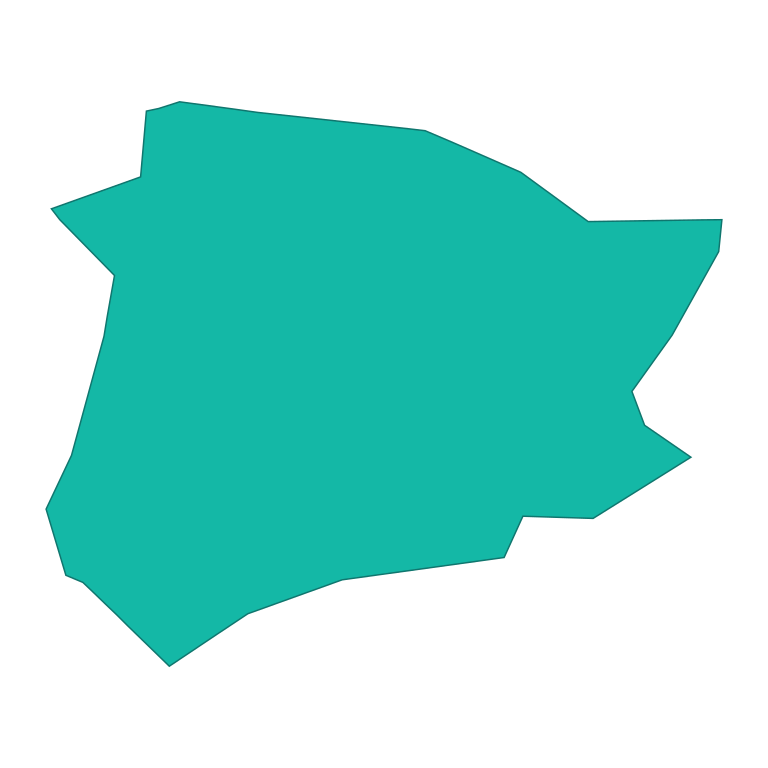 Alegrete do Piauí, Piauí, Brazil (orthographic projection)
{"feature_id": "56859067B12865581171560", "entity_name": "Alegrete do Piauí", "entity_type": "district", "adm_level": 2, "iso_a3": "BRA", "parent_name": "Brazil", "parent_adm1": "Piauí", "projection": "orthographic", "projection_center": [-40.802, -7.206], "detail": "fine", "context": "isolated", "style": "filled", "palette": "teal", "viewbox_px": 768, "rotation_deg": 0, "n_neighbors": 0, "source": "geoboundaries", "source_scale": "gbopen_adm2", "svg_char_len": 605}
<svg xmlns="http://www.w3.org/2000/svg" viewBox="0 0 768 768"><path d="M721.9,219.7L702.1,219.9L588.2,221.6L520.8,172.3L455.1,143.5L425.1,130.7L409.6,128.9L257.5,112.4L233.2,109.0L179.6,101.8L158.7,108.5L146.4,111.1L140.6,176.9L51.4,208.8L59.8,219.7L114.5,275.5L107.2,316.7L104.0,336.3L71.5,455.4L46.1,509.1L65.9,575.3L82.9,582.4L94.1,593.1L105.7,604.3L116.7,614.8L127.7,625.8L169.3,666.2L216.9,634.3L247.9,613.7L342.2,579.8L480.9,560.7L504.1,557.5L522.9,516.2L593.1,518.4L690.9,457.2L644.6,425.3L631.9,391.4L672.1,335.2L718.7,251.6L721.9,219.7Z" fill="#14b8a6" stroke="#0f766e" stroke-width="1.5"/></svg>